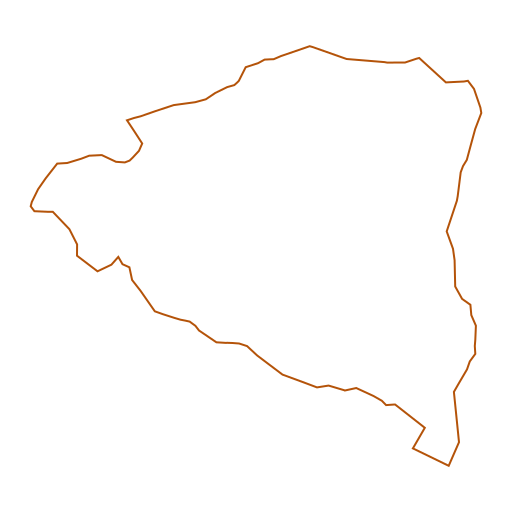 the district of Edati, Niger, Nigeria
{"feature_id": "59680162B83278495681126", "entity_name": "Edati", "entity_type": "district", "adm_level": 2, "iso_a3": "NGA", "parent_name": "Nigeria", "parent_adm1": "Niger", "projection": "natural_earth1", "projection_center": [5.641, 9.026], "detail": "fine", "context": "isolated", "style": "outline", "palette": "amber", "viewbox_px": 512, "rotation_deg": 0, "n_neighbors": 0, "source": "geoboundaries", "source_scale": "gbopen_adm2", "svg_char_len": 1598}
<svg xmlns="http://www.w3.org/2000/svg" viewBox="0 0 512 512"><path d="M475.2,129.0L481.3,113.0L480.4,107.6L474.0,88.9L467.9,80.8L464.0,81.5L445.9,82.4L419.2,58.0L416.5,58.7L405.1,62.5L387.2,62.6L384.4,62.1L346.6,59.0L312.5,47.0L309.7,46.2L280.9,56.1L273.7,59.2L270.5,59.3L264.6,59.6L258.2,63.1L245.7,67.2L238.8,80.9L237.0,82.7L235.1,84.4L234.3,85.1L227.2,87.1L215.2,93.0L205.8,99.3L195.2,102.2L173.7,105.1L155.5,111.1L140.6,116.3L134.0,118.0L127.0,120.3L134.3,131.3L142.2,143.5L139.0,150.8L132.8,157.5L129.6,160.6L128.8,160.9L124.9,162.4L124.5,162.4L116.0,161.8L101.8,155.1L101.4,155.1L89.2,155.7L81.3,158.7L67.2,163.0L57.2,163.6L45.7,178.3L38.1,189.2L31.8,202.0L30.7,206.3L34.4,211.2L48.0,211.8L52.3,211.8L52.8,211.8L69.4,229.2L77.1,244.4L77.0,255.7L97.5,271.3L111.4,264.7L118.3,256.9L122.5,264.2L129.4,267.3L132.1,280.0L140.6,290.9L154.8,311.3L162.9,314.2L174.4,317.9L180.5,319.7L185.2,320.6L189.7,321.6L192.5,323.7L195.4,325.8L199.0,330.5L216.4,342.3L226.0,342.9L226.4,342.9L227.0,342.8L232.5,343.0L239.1,343.5L247.1,346.1L250.5,349.3L257.2,355.5L268.3,363.9L282.5,374.6L306.1,383.3L317.0,387.4L328.4,385.6L328.7,385.6L344.8,390.4L344.9,390.5L355.9,388.1L356.2,388.0L373.5,396.0L381.9,400.8L386.1,405.1L394.6,404.5L395.1,404.5L424.8,427.8L412.9,448.4L448.7,465.8L459.0,442.2L453.9,391.9L458.9,383.2L467.0,369.4L469.8,361.4L475.3,353.9L474.8,346.0L475.3,339.9L475.9,325.7L471.3,315.1L470.4,304.8L462.1,298.9L455.2,286.5L454.6,260.3L453.0,248.8L446.7,231.4L456.9,200.7L457.7,196.2L460.7,172.3L463.0,166.1L466.8,159.9L470.6,145.8L475.2,129.0Z" fill="none" stroke="#b45309" stroke-width="2"/></svg>